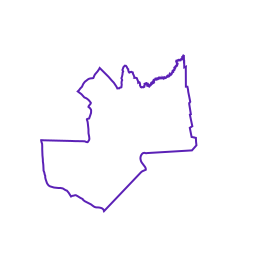 the district of Campana, Buenos Aires, Argentina, rotated 212°
{"feature_id": "61730980B71548208163547", "entity_name": "Campana", "entity_type": "district", "adm_level": 2, "iso_a3": "ARG", "parent_name": "Argentina", "parent_adm1": "Buenos Aires", "projection": "equal_earth", "projection_center": [-58.853, -34.162], "detail": "fine", "context": "isolated", "style": "outline", "palette": "violet", "viewbox_px": 256, "rotation_deg": 212, "n_neighbors": 0, "source": "geoboundaries", "source_scale": "gbopen_adm2", "svg_char_len": 5727}
<svg xmlns="http://www.w3.org/2000/svg" viewBox="0 0 256 256"><g transform="rotate(212 128 128)"><path d="M140.0,39.7L139.3,40.9L139.0,41.2L138.5,41.6L137.3,42.9L136.7,43.3L136.4,43.4L134.3,43.5L131.4,43.5L129.2,43.7L128.7,43.7L128.1,43.3L127.6,43.2L125.9,43.0L118.8,43.6L116.9,43.4L114.6,43.3L112.9,43.8L110.9,45.0L109.5,45.6L107.7,46.1L105.7,45.9L104.9,45.5L104.6,44.9L104.3,44.7L93.5,97.4L93.2,98.3L92.8,99.1L90.8,102.0L91.2,102.7L91.8,103.3L92.9,104.0L98.1,106.0L99.3,106.7L100.6,107.9L101.5,109.0L102.1,110.4L102.3,111.2L102.4,111.9L102.4,113.2L102.1,114.3L101.9,114.7L101.0,115.6L99.5,116.1L99.0,116.4L98.6,116.8L61.9,142.9L60.8,149.6L63.0,152.4L65.2,155.6L66.7,155.0L66.8,155.1L69.3,154.1L75.7,160.9L74.4,163.6L82.6,172.1L82.5,172.5L82.0,173.0L88.9,180.9L88.9,181.2L89.3,181.6L89.3,181.9L89.1,182.8L89.1,183.2L95.8,190.3L96.9,191.6L97.1,192.0L99.5,194.5L100.8,193.7L110.9,209.7L111.4,210.7L112.4,209.2L115.5,214.0L115.6,213.8L118.8,218.7L119.0,218.6L119.3,218.8L119.5,218.8L119.5,218.4L119.1,218.0L119.0,217.5L119.4,217.2L119.0,216.9L119.0,216.7L119.3,216.4L119.0,215.8L119.3,215.4L119.3,215.2L119.2,215.1L118.6,215.1L118.3,215.0L118.7,214.6L119.5,214.4L119.8,213.7L119.4,213.1L119.5,213.0L120.3,212.5L120.7,212.9L121.3,212.6L121.4,212.3L121.2,211.8L121.4,211.4L121.6,211.3L121.9,211.6L122.1,211.5L122.4,210.9L122.0,210.3L122.2,210.2L122.5,210.2L122.4,209.9L120.8,209.0L120.7,208.7L120.2,209.0L120.0,208.9L119.9,208.7L120.5,208.2L120.4,208.0L119.9,207.3L119.5,207.0L119.4,206.9L119.6,206.3L119.8,206.0L119.9,205.9L120.3,206.0L120.4,205.8L120.4,205.4L120.2,205.2L119.9,205.1L119.9,204.9L120.1,204.6L119.9,204.2L120.1,204.1L120.6,204.2L120.7,203.9L120.7,203.6L120.5,203.4L119.7,203.4L119.6,202.6L119.8,202.0L119.5,201.9L119.4,201.7L119.6,201.4L120.0,201.2L120.5,200.2L120.3,199.8L119.5,199.7L119.3,199.6L119.3,199.4L119.5,199.1L120.0,199.1L120.1,198.8L119.9,197.8L119.6,197.2L119.7,196.0L119.8,195.8L120.1,195.8L120.7,195.9L121.3,196.2L121.3,195.9L121.3,195.7L120.5,195.1L120.6,194.5L120.4,193.9L120.5,193.7L121.1,194.1L121.5,193.7L121.8,193.7L122.1,193.6L122.3,192.8L121.8,192.7L121.6,192.3L121.8,192.1L122.3,191.8L122.6,191.3L122.6,191.0L122.4,190.6L122.5,190.4L123.1,190.5L123.5,190.3L123.5,190.1L123.3,189.8L123.4,189.7L123.8,189.7L124.1,190.0L124.3,189.7L123.9,189.1L123.9,188.8L124.4,188.9L124.5,189.7L124.6,189.8L125.0,189.2L124.8,188.7L125.1,188.4L125.3,188.5L125.5,188.6L125.4,188.3L125.5,188.1L126.1,188.3L126.4,188.2L126.5,188.0L127.4,187.9L127.5,187.7L127.3,187.4L126.9,187.2L127.1,186.9L127.4,186.9L127.8,186.6L127.9,187.0L128.2,187.2L128.3,187.4L128.5,187.3L128.5,187.1L128.4,186.5L128.7,186.2L128.3,186.1L128.2,186.0L128.2,185.9L128.5,185.3L128.8,185.5L129.5,185.7L129.8,185.3L129.6,185.0L129.6,184.8L129.9,185.0L130.0,185.0L130.1,184.5L130.5,184.7L130.8,184.6L131.0,184.4L130.9,183.8L130.5,183.7L130.7,183.2L130.8,182.6L130.9,182.4L131.3,182.0L131.7,182.1L131.7,181.8L131.4,181.4L130.9,181.8L130.8,181.7L130.7,181.0L130.3,180.7L130.5,180.4L130.2,179.8L130.3,179.7L130.5,179.6L130.9,180.0L130.9,180.5L131.4,180.5L131.6,180.3L131.7,179.9L131.1,179.7L131.3,179.3L131.9,179.2L132.2,178.8L132.2,178.7L131.4,178.7L130.9,178.5L131.4,177.2L131.6,177.1L131.9,177.3L132.0,177.2L132.0,176.6L131.5,176.1L131.6,175.9L132.2,176.0L132.3,175.9L132.3,175.6L131.9,175.0L131.9,174.7L132.2,174.8L132.6,175.1L132.8,175.2L132.5,174.6L132.6,174.3L132.8,174.3L133.2,174.7L133.5,174.7L133.8,174.4L133.8,174.1L134.1,174.0L134.9,175.1L135.3,175.7L135.9,176.0L136.2,175.9L136.4,175.8L136.5,174.7L137.3,174.4L137.4,174.2L137.0,173.8L136.5,173.2L136.6,172.2L136.0,171.7L136.1,171.3L136.7,170.5L137.4,170.4L138.0,169.6L138.6,169.5L138.8,169.5L139.0,169.9L139.4,169.9L140.5,170.5L140.9,171.5L142.3,172.8L142.5,172.8L142.6,172.5L142.9,172.7L143.3,172.6L143.5,172.0L143.9,172.5L144.0,172.9L144.1,173.0L144.6,173.2L145.1,173.6L145.8,174.0L146.8,174.9L147.4,174.9L148.2,174.5L148.6,174.4L148.9,174.0L149.2,173.9L149.2,174.1L149.0,174.3L149.4,174.4L149.8,174.8L150.6,175.3L151.1,175.8L152.2,176.4L152.8,176.9L152.9,177.2L153.6,177.7L154.2,177.4L155.0,177.4L155.6,176.7L156.1,176.4L156.1,175.8L156.2,175.7L156.6,175.9L157.0,175.9L157.6,176.4L158.3,177.0L159.0,178.0L159.8,178.1L161.2,179.0L162.3,179.5L162.8,179.6L163.1,179.4L163.7,179.2L164.1,177.5L164.0,176.6L163.7,175.6L163.6,174.7L163.5,174.4L163.0,173.8L162.3,173.6L162.0,173.3L161.9,172.0L161.7,171.6L161.3,171.1L161.0,170.3L160.2,168.1L160.0,166.8L159.4,166.3L158.7,165.9L158.3,165.5L158.2,165.2L158.2,164.4L157.8,163.6L157.3,162.6L156.4,161.6L155.3,159.3L155.2,159.0L155.3,158.8L156.2,158.0L156.5,156.9L156.8,156.7L157.5,156.5L158.0,155.9L159.8,157.0L164.0,158.9L167.1,159.7L171.6,161.1L183.8,163.9L183.7,162.5L183.8,159.9L184.4,155.9L184.3,154.5L183.9,152.3L183.9,152.0L184.5,151.4L186.2,150.1L187.2,149.0L187.7,148.1L188.6,145.6L188.9,145.0L189.1,144.1L189.2,143.3L189.3,141.6L189.0,139.5L188.9,138.6L189.4,136.3L189.6,134.0L190.0,132.4L185.4,132.0L181.6,130.9L181.1,130.8L179.5,131.1L178.1,131.1L176.6,130.9L175.3,130.6L172.9,129.7L172.7,129.3L172.6,128.8L172.9,126.3L172.9,125.5L172.8,125.1L172.7,124.9L170.9,124.7L169.2,124.0L168.6,123.4L167.9,122.2L167.3,121.1L166.0,115.5L167.2,114.2L167.5,113.7L167.3,113.3L165.8,112.1L164.9,111.1L160.9,106.0L158.7,102.6L156.3,100.0L155.0,98.3L154.7,97.5L154.6,96.8L154.7,95.3L154.7,94.7L155.0,94.4L156.1,94.0L157.5,93.8L158.2,93.5L166.5,88.5L168.8,87.2L192.8,73.0L195.0,71.8L195.2,71.6L194.1,70.4L192.4,69.0L190.7,66.5L189.6,64.7L186.0,59.4L183.7,56.4L182.3,54.3L181.5,53.4L180.1,51.6L177.0,47.1L175.5,46.0L174.0,44.4L172.8,43.5L172.0,42.2L170.7,40.9L167.5,38.3L166.7,37.9L164.9,37.2L163.2,37.2L159.2,38.3L155.3,40.2L153.6,41.3L151.3,42.2L148.1,42.2L146.6,42.5L144.1,41.7L140.0,39.7Z" fill="none" stroke="#5b21b6" stroke-width="2"/></g></svg>